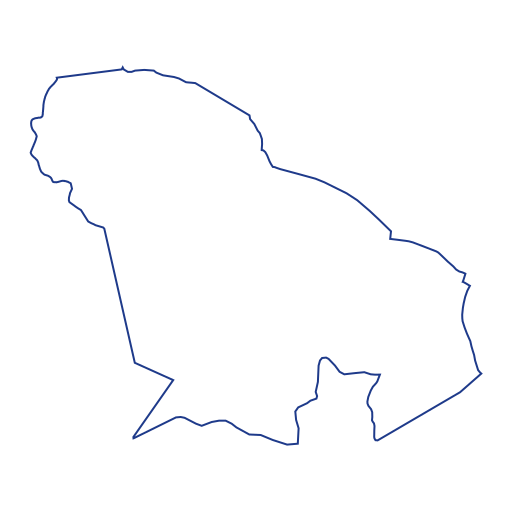 Anse Canot, Dennery, Saint Lucia
{"feature_id": "8701671B96841263270820", "entity_name": "Anse Canot", "entity_type": "district", "adm_level": 2, "iso_a3": "LCA", "parent_name": "Saint Lucia", "parent_adm1": "Dennery", "projection": "natural_earth1", "projection_center": [-60.908, 13.909], "detail": "fine", "context": "isolated", "style": "outline", "palette": "blue", "viewbox_px": 512, "rotation_deg": 0, "n_neighbors": 0, "source": "geoboundaries", "source_scale": "gbopen_adm2", "svg_char_len": 5402}
<svg xmlns="http://www.w3.org/2000/svg" viewBox="0 0 512 512"><path d="M465.0,273.5L462.5,272.4L459.3,271.5L456.1,269.5L453.3,266.4L447.9,261.7L439.7,253.8L438.1,252.4L436.3,251.4L425.5,247.2L412.9,242.4L408.8,241.3L405.5,240.8L396.9,239.7L390.2,238.9L391.0,231.3L379.4,220.0L369.7,210.9L357.2,200.2L346.6,193.3L336.9,188.5L324.4,182.3L315.5,178.7L298.0,173.9L280.2,169.1L276.4,167.8L274.7,167.1L272.8,166.9L270.9,163.9L269.5,161.2L267.2,155.5L265.3,152.1L263.4,150.4L261.7,150.1L261.7,149.7L262.1,144.0L261.9,139.0L260.8,135.8L259.8,133.1L257.7,130.7L254.3,124.0L250.1,119.1L249.5,115.4L195.3,83.1L191.4,82.7L187.7,82.4L186.0,82.2L179.0,78.5L174.0,77.0L163.0,75.3L156.3,72.6L153.8,70.6L144.3,69.9L135.1,70.6L131.5,71.9L127.9,71.9L123.7,69.4L122.7,67.4L121.7,69.4L56.8,77.7L57.0,78.2L57.0,78.7L57.0,79.0L56.9,79.6L56.6,80.0L56.4,80.4L56.0,81.0L55.7,81.3L55.5,81.6L55.3,81.9L54.9,82.4L54.4,83.0L54.1,83.3L53.9,83.7L53.5,84.1L53.1,84.4L52.9,84.7L52.4,85.1L51.8,85.7L51.5,86.1L51.0,86.5L50.4,87.1L50.1,87.6L49.7,88.0L49.1,88.7L48.9,89.0L48.6,89.6L48.4,89.9L48.2,90.4L47.9,90.8L47.6,91.3L47.1,92.4L46.9,92.9L46.8,93.2L46.4,93.8L46.3,94.2L46.1,94.5L45.9,95.0L45.7,95.5L45.5,96.0L45.4,96.3L45.2,96.7L45.1,97.1L45.0,97.6L44.9,98.1L44.7,98.5L44.6,98.9L44.5,99.4L44.3,100.1L44.2,100.6L44.0,101.3L43.9,101.7L43.9,102.1L43.8,102.5L43.7,103.1L43.6,103.9L43.5,104.3L43.5,104.8L43.4,105.3L43.4,106.0L43.4,106.6L43.3,107.1L43.3,107.7L43.3,108.1L43.2,108.5L43.2,109.0L43.2,109.3L43.1,109.7L43.1,110.2L43.0,110.7L43.0,111.2L43.0,111.7L42.9,112.0L42.8,112.5L42.8,112.8L42.8,113.3L42.8,113.9L42.8,114.3L42.6,114.7L42.6,115.1L42.5,115.7L42.4,116.1L42.1,116.4L41.8,116.8L41.2,117.3L40.7,117.3L40.4,117.5L40.1,117.7L39.7,117.7L39.3,117.7L38.8,117.7L38.5,117.7L38.2,117.7L37.7,117.9L37.0,118.0L36.7,118.0L36.3,118.1L35.8,118.2L35.3,118.2L34.9,118.4L34.5,118.5L34.1,118.7L33.6,118.9L33.3,119.0L33.1,119.1L32.6,119.4L32.3,119.6L32.0,120.1L31.7,120.4L31.5,120.9L31.3,121.4L31.3,121.8L31.2,122.5L31.1,122.9L31.1,123.4L31.1,123.7L31.2,124.0L31.2,124.5L31.2,125.0L31.3,125.6L31.4,126.1L31.6,127.0L31.7,127.3L32.0,128.1L32.1,128.3L32.2,128.7L32.4,129.2L32.7,129.6L32.8,129.9L33.1,130.3L33.4,130.6L33.6,131.0L34.0,131.5L34.3,131.8L34.7,132.2L34.9,132.4L35.2,133.1L35.4,133.4L35.7,133.9L35.9,134.3L36.1,134.6L36.2,134.9L36.3,135.2L36.5,135.6L36.6,135.9L36.7,136.6L36.6,136.9L36.4,137.5L36.2,138.2L36.1,138.7L36.0,139.0L35.9,139.4L35.6,140.3L35.3,141.1L35.1,141.6L35.0,141.9L34.9,142.2L34.7,142.7L34.5,143.0L34.2,143.9L34.0,144.3L33.7,144.9L33.6,145.3L33.4,145.9L33.0,146.7L32.8,147.1L32.5,148.0L32.3,148.4L32.1,148.8L32.0,149.2L31.4,150.5L31.2,151.2L30.9,152.0L30.7,152.5L30.7,152.8L31.0,153.5L31.3,154.2L31.5,154.6L31.8,154.9L31.9,155.1L32.4,155.7L33.1,156.4L33.7,157.0L34.2,157.5L34.8,157.9L35.2,158.3L35.5,158.6L35.8,159.0L36.1,159.3L36.6,159.7L36.9,160.0L37.2,160.4L37.5,160.9L37.8,161.7L38.1,162.2L38.2,162.7L38.4,163.2L38.4,163.6L38.6,164.1L38.6,164.6L38.7,164.9L38.8,165.2L39.1,165.9L39.2,166.3L39.3,166.7L39.4,167.1L39.6,167.6L39.7,168.0L39.9,168.8L40.0,169.0L40.3,169.6L40.4,169.9L40.7,170.6L40.9,171.0L41.1,171.5L41.4,171.9L41.8,172.3L42.2,172.7L42.6,173.1L43.0,173.4L43.3,173.7L43.5,173.9L43.7,174.1L44.0,174.3L44.3,174.5L44.8,174.8L45.2,174.9L45.8,175.0L46.1,175.2L46.9,175.4L47.2,175.5L47.6,175.6L48.3,175.9L48.6,176.1L49.0,176.3L49.4,176.6L49.9,176.9L50.3,177.2L50.6,177.5L51.0,177.9L51.2,178.3L51.4,178.6L51.7,179.1L51.8,179.5L51.9,179.8L52.1,180.2L52.3,180.5L52.4,180.8L52.7,181.4L53.0,181.8L53.3,182.0L53.7,182.1L54.1,182.1L54.4,182.2L54.8,182.2L55.2,182.2L55.6,182.2L55.9,182.2L56.3,182.3L56.5,182.3L57.0,182.1L57.4,182.1L58.3,181.9L58.9,181.7L59.3,181.6L59.6,181.5L60.0,181.4L60.7,181.2L61.0,181.1L61.4,181.0L62.0,180.9L62.7,180.8L63.0,180.8L63.3,180.8L64.1,181.0L64.5,180.9L64.9,181.1L65.3,181.1L65.6,181.1L66.2,181.3L66.7,181.5L67.2,181.7L67.7,181.7L67.9,181.9L68.3,182.0L68.6,182.2L69.1,182.5L69.8,182.8L70.7,183.3L71.2,185.3L72.0,188.8L71.2,190.6L70.0,193.2L69.8,194.4L69.0,197.5L68.9,199.5L68.9,200.6L69.5,202.2L74.4,205.7L75.4,206.5L75.7,206.7L78.2,208.4L80.9,210.0L81.1,210.3L81.7,211.2L84.4,215.5L88.2,221.5L91.3,223.2L93.7,224.2L95.5,225.2L99.2,226.3L103.2,227.5L104.3,228.7L134.8,362.8L173.2,380.1L133.4,437.0L133.5,438.3L133.8,438.2L176.0,417.4L180.7,417.0L184.6,417.8L196.0,423.7L201.7,425.8L211.7,422.0L218.9,420.7L225.7,420.7L231.7,423.7L236.4,427.4L249.3,434.5L260.7,435.0L272.8,440.0L287.1,444.6L297.8,443.7L298.6,428.3L296.1,419.9L295.3,411.5L298.2,407.4L307.1,403.2L310.4,400.7L316.4,398.6L317.1,396.1L315.7,391.9L317.9,381.9L318.6,365.6L320.0,360.5L322.1,358.0L326.1,357.6L328.6,358.9L335.0,365.6L339.6,371.8L344.3,374.3L355.0,373.1L364.3,372.2L370.7,374.3L375.4,374.7L379.9,374.6L377.3,381.4L376.2,383.1L372.9,386.7L370.8,390.5L368.3,396.9L367.4,401.5L367.5,403.5L368.4,405.8L371.1,409.2L372.2,412.2L372.3,417.0L372.0,420.3L372.8,421.8L374.0,423.4L374.5,426.0L374.3,430.5L374.2,437.0L374.5,438.5L375.5,440.2L377.0,440.3L377.6,440.4L460.1,392.2L480.6,374.2L481.3,373.6L480.0,372.4L478.1,370.1L477.1,366.9L475.1,360.5L474.1,355.0L472.7,350.6L471.4,346.1L470.3,341.1L469.1,338.5L466.9,333.5L464.6,327.5L462.6,321.2L462.3,318.3L462.2,314.7L462.9,307.8L463.7,303.2L465.2,296.8L467.3,290.8L469.9,285.8L469.0,285.3L468.7,285.1L467.4,284.3L465.0,282.9L463.7,282.2L463.1,281.8L462.8,281.8L463.0,281.1L463.3,280.5L465.3,274.1L465.4,273.7L465.0,273.5Z" fill="none" stroke="#1e3a8a" stroke-width="2"/></svg>